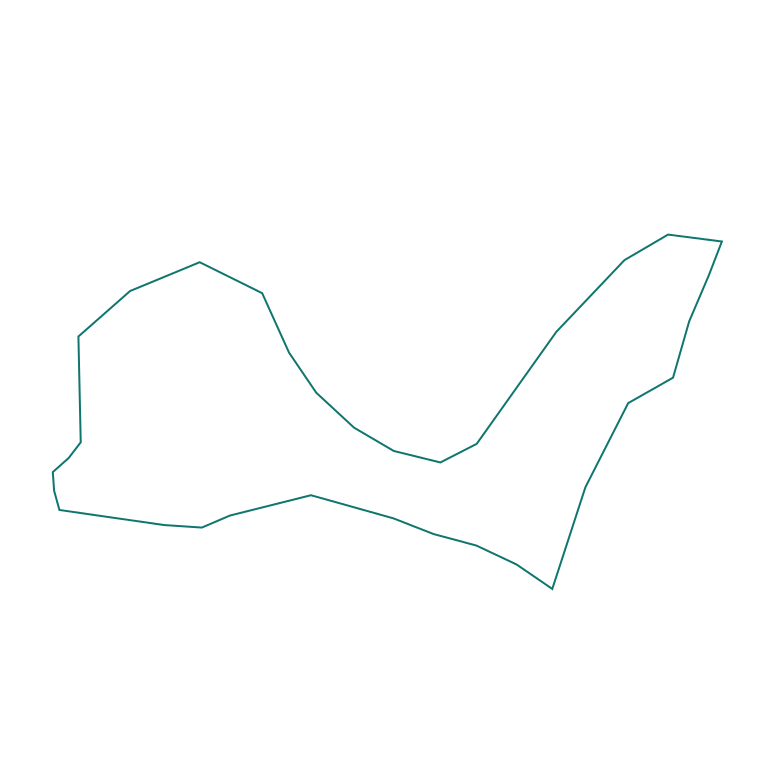 the County of Bulambuli, rotated 277°
{"feature_id": "UGA-5613", "entity_name": "Bulambuli", "entity_type": "County", "adm_level": 1, "iso_a3": "UGA", "parent_name": "Uganda", "parent_adm1": "", "projection": "equal_earth", "projection_center": [34.336, 1.363], "detail": "fine", "context": "isolated", "style": "outline", "palette": "teal", "viewbox_px": 768, "rotation_deg": 277, "n_neighbors": 0, "source": "natural_earth", "source_scale": "10m", "svg_char_len": 567}
<svg xmlns="http://www.w3.org/2000/svg" viewBox="0 0 768 768"><g transform="rotate(277 384 384)"><path d="M256.2,66.0L272.2,80.1L289.2,90.1L393.9,74.9L445.4,120.7L482.4,186.2L459.3,252.0L403.6,285.9L367.1,317.8L337.0,359.6L318.7,401.9L313.0,449.5L335.9,483.3L456.8,548.7L536.3,607.6L566.9,647.7L566.6,702.0L531.2,693.1L483.5,679.3L425.5,670.1L394.8,628.7L306.1,596.5L201.1,576.0L221.0,537.6L234.9,495.4L241.1,451.5L251.8,409.7L264.7,325.0L234.7,247.2L219.3,220.7L217.2,182.8L219.4,77.2L237.8,69.6L256.2,66.0Z" fill="none" stroke="#0f766e" stroke-width="2"/></g></svg>